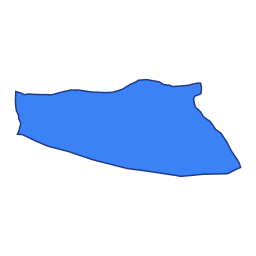 Keana, Nassarawa, Nigeria
{"feature_id": "59680162B98467355573765", "entity_name": "Keana", "entity_type": "district", "adm_level": 2, "iso_a3": "NGA", "parent_name": "Nigeria", "parent_adm1": "Nassarawa", "projection": "orthographic", "projection_center": [8.821, 8.173], "detail": "fine", "context": "isolated", "style": "filled", "palette": "blue", "viewbox_px": 256, "rotation_deg": 0, "n_neighbors": 0, "source": "geoboundaries", "source_scale": "gbopen_adm2", "svg_char_len": 1257}
<svg xmlns="http://www.w3.org/2000/svg" viewBox="0 0 256 256"><path d="M240.6,167.5L240.3,166.4L239.3,163.3L238.7,162.2L237.1,159.3L235.0,156.4L234.5,155.6L233.5,154.1L231.7,151.5L229.6,147.5L226.8,142.0L225.5,140.0L223.4,136.9L221.7,134.3L220.8,133.1L220.1,132.6L217.6,130.8L216.1,129.8L215.6,129.4L213.9,126.8L212.7,124.9L212.2,124.2L209.9,121.3L207.4,119.6L205.1,118.0L203.1,116.2L201.5,113.5L200.9,112.4L199.2,110.5L195.7,107.5L194.4,103.9L193.5,98.8L195.0,96.0L197.7,95.1L200.8,93.8L201.2,91.8L201.4,89.0L201.5,87.5L200.5,83.1L198.6,83.1L194.4,83.7L188.4,85.3L182.6,85.9L172.5,86.5L169.7,85.3L163.9,84.7L159.2,81.9L155.2,81.1L146.6,79.6L140.4,80.1L138.5,80.2L135.5,82.1L130.1,84.5L121.8,89.6L112.5,92.3L105.3,92.6L91.5,92.0L89.3,91.7L86.8,91.3L78.3,90.0L70.5,90.1L62.1,92.0L51.0,95.0L49.1,94.7L48.4,94.6L41.0,94.6L37.1,94.5L32.9,94.3L27.9,94.0L24.7,94.7L18.5,92.2L15.8,91.6L15.4,101.3L15.6,104.4L16.2,110.1L18.6,115.6L18.8,118.8L20.8,123.1L20.2,126.1L18.8,131.2L17.4,134.3L22.2,134.5L37.0,141.6L48.3,146.3L49.0,146.5L53.7,147.7L68.4,151.5L90.5,159.0L92.8,159.7L96.1,160.6L127.2,168.5L127.9,168.6L143.3,170.6L152.4,171.9L176.4,175.5L180.7,176.4L202.5,174.3L227.7,173.7L237.8,168.5L240.6,167.5Z" fill="#3b82f6" stroke="#1e3a8a" stroke-width="1.5"/></svg>